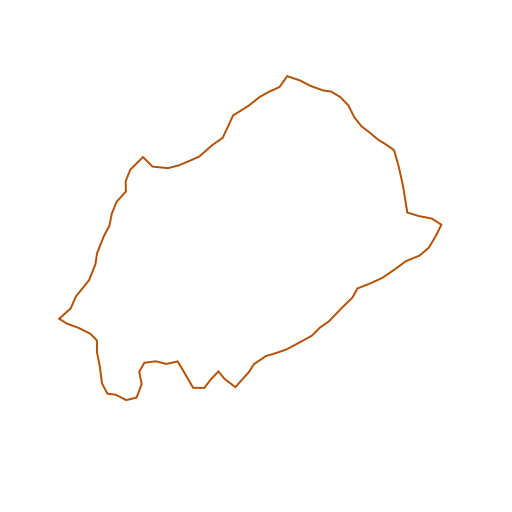 outline of Balbinos, São Paulo, Brazil, rotated 20°
{"feature_id": "56859067B19788452853762", "entity_name": "Balbinos", "entity_type": "district", "adm_level": 2, "iso_a3": "BRA", "parent_name": "Brazil", "parent_adm1": "São Paulo", "projection": "robinson", "projection_center": [-49.333, -21.895], "detail": "fine", "context": "isolated", "style": "outline", "palette": "amber", "viewbox_px": 512, "rotation_deg": 20, "n_neighbors": 0, "source": "geoboundaries", "source_scale": "gbopen_adm2", "svg_char_len": 1232}
<svg xmlns="http://www.w3.org/2000/svg" viewBox="0 0 512 512"><g transform="rotate(20 256 256)"><path d="M370.2,139.9L360.8,125.1L354.5,116.1L349.4,109.3L340.1,106.8L331.0,104.9L319.6,100.8L310.7,98.0L300.9,92.0L291.3,82.9L281.1,77.9L270.3,75.8L262.4,77.5L248.8,77.5L237.2,76.0L223.8,76.3L220.3,89.2L211.7,97.6L205.0,105.4L197.8,117.1L186.4,131.8L184.3,156.3L176.7,167.2L168.6,182.0L162.1,188.3L152.0,197.6L143.1,203.6L128.2,207.4L116.0,201.7L108.4,217.7L107.9,230.2L111.7,239.9L106.5,252.7L106.0,265.6L107.9,277.6L106.2,289.9L105.7,307.7L107.9,318.6L107.4,335.8L100.6,355.7L99.8,368.5L92.5,382.3L101.4,384.2L113.3,384.2L126.9,385.7L135.3,389.7L139.6,401.0L146.4,412.1L154.9,428.4L163.5,436.2L171.6,434.3L183.3,435.8L192.2,429.9L192.4,415.6L185.9,404.8L187.6,394.5L197.9,389.2L208.4,388.2L218.5,381.9L229.3,390.7L242.0,401.4L252.6,397.6L255.6,387.8L260.2,377.3L268.6,382.3L281.5,386.3L289.0,367.5L291.1,358.2L299.7,346.5L306.5,341.5L316.3,333.7L329.5,318.9L335.8,311.7L340.4,301.7L346.9,292.4L354.5,275.1L360.8,262.1L362.4,251.8L371.9,243.4L382.0,233.6L390.9,221.2L398.7,209.5L409.6,199.6L415.7,188.8L418.2,174.7L419.5,163.2L408.4,160.7L395.2,162.8L383.3,163.4L370.2,139.9Z" fill="none" stroke="#b45309" stroke-width="2"/></g></svg>